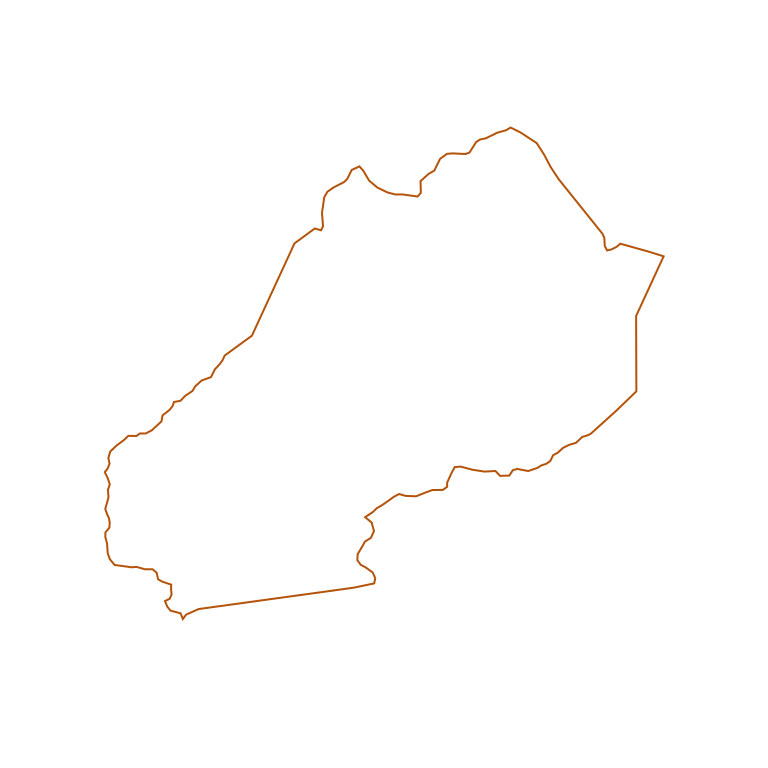 outline of Mirandiba, Pernambuco, Brazil, rotated 106°
{"feature_id": "56859067B27130243825859", "entity_name": "Mirandiba", "entity_type": "district", "adm_level": 2, "iso_a3": "BRA", "parent_name": "Brazil", "parent_adm1": "Pernambuco", "projection": "natural_earth1", "projection_center": [-38.712, -8.157], "detail": "fine", "context": "isolated", "style": "outline", "palette": "amber", "viewbox_px": 768, "rotation_deg": 106, "n_neighbors": 0, "source": "geoboundaries", "source_scale": "gbopen_adm2", "svg_char_len": 2242}
<svg xmlns="http://www.w3.org/2000/svg" viewBox="0 0 768 768"><g transform="rotate(106 384 384)"><path d="M632.2,593.1L629.7,575.9L628.0,571.3L628.0,562.9L625.9,555.4L628.0,550.6L634.0,547.3L635.1,542.8L635.5,533.3L640.1,532.1L644.8,530.2L649.5,530.8L653.0,534.7L657.7,531.0L660.7,526.8L660.5,516.3L665.4,512.6L660.2,510.6L651.4,500.1L588.1,356.9L578.4,338.5L573.1,338.9L568.3,342.9L565.3,351.2L564.2,356.6L560.6,361.1L554.8,362.4L546.0,360.1L540.8,358.9L535.5,354.2L528.1,353.1L520.6,357.7L517.2,365.4L510.1,359.4L505.2,356.6L501.5,352.9L495.8,348.2L490.0,343.7L485.6,339.2L485.6,332.4L483.1,322.2L479.8,318.0L476.4,313.5L472.6,308.3L469.6,298.3L465.5,295.0L461.5,296.1L450.6,294.5L444.4,293.1L442.3,287.6L442.0,274.9L440.5,263.3L436.9,252.9L440.3,247.1L437.5,238.3L431.3,236.4L428.9,232.4L427.9,221.4L425.0,217.2L422.5,213.6L418.8,210.2L416.0,206.0L412.1,202.9L405.8,201.8L402.1,198.0L396.3,194.5L391.4,189.2L387.7,183.3L380.2,178.8L377.8,175.0L375.1,171.7L344.9,152.9L321.5,139.4L249.1,160.4L219.3,155.8L184.2,150.4L183.8,166.6L184.0,195.5L188.1,198.3L192.0,202.5L194.1,206.4L190.3,209.9L182.8,212.5L179.3,215.5L139.1,272.4L129.6,283.5L119.6,293.1L116.3,296.8L110.3,303.7L104.5,322.4L102.6,333.0L106.5,336.7L111.2,344.4L119.8,353.9L122.6,359.2L126.0,362.1L137.9,365.6L140.4,368.9L143.5,381.9L145.4,386.9L152.0,392.1L165.0,394.5L169.8,399.1L178.9,404.8L190.1,401.3L194.5,403.3L196.7,418.6L198.7,425.3L198.9,433.4L197.0,444.5L192.6,454.4L185.1,462.2L181.6,467.6L187.1,474.0L197.2,475.9L200.8,478.0L209.0,486.7L214.8,491.4L221.0,492.9L236.9,490.7L249.1,486.1L253.6,486.9L253.6,493.4L269.5,505.7L273.5,508.8L361.0,522.3L374.0,524.3L384.5,532.5L400.6,545.0L405.5,545.7L410.0,547.3L416.5,550.6L425.1,552.2L430.8,560.2L438.2,564.8L443.5,566.2L450.0,571.7L456.2,575.0L459.2,580.9L463.7,581.2L468.2,583.1L475.1,588.2L481.3,587.6L487.5,591.4L492.5,594.4L497.2,599.4L498.9,605.1L502.2,607.6L504.3,615.4L509.6,618.6L517.0,624.2L524.3,628.5L531.0,628.6L536.1,625.9L541.3,626.3L545.7,628.1L550.7,623.6L556.1,619.9L561.7,620.2L568.8,617.6L575.0,617.5L580.9,617.5L585.1,614.6L589.0,611.3L593.0,609.4L597.8,608.4L603.5,610.9L607.9,609.7L613.4,606.4L618.2,604.6L622.9,602.9L628.0,599.2L632.2,593.1Z" fill="none" stroke="#b45309" stroke-width="2"/></g></svg>